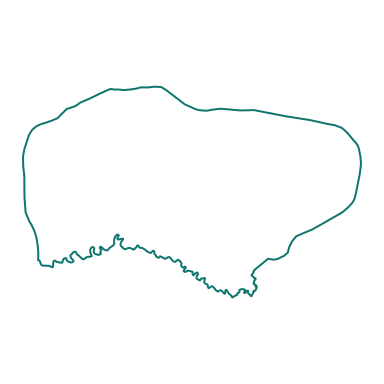 Xaybuathong, Khammouan, Laos
{"feature_id": "54806243B39902865855878", "entity_name": "Xaybuathong", "entity_type": "district", "adm_level": 2, "iso_a3": "LAO", "parent_name": "Laos", "parent_adm1": "Khammouan", "projection": "albers", "projection_center": [105.527, 17.166], "detail": "fine", "context": "isolated", "style": "outline", "palette": "teal", "viewbox_px": 384, "rotation_deg": 0, "n_neighbors": 0, "source": "geoboundaries", "source_scale": "gbopen_adm2", "svg_char_len": 5985}
<svg xmlns="http://www.w3.org/2000/svg" viewBox="0 0 384 384"><path d="M250.3,295.0L250.9,296.0L251.2,296.1L251.5,296.1L251.8,295.2L252.5,294.2L252.8,293.5L253.6,292.3L253.4,291.2L253.6,290.9L254.0,290.8L254.4,291.0L254.6,291.0L255.2,290.7L256.0,289.3L256.6,287.6L256.8,286.8L256.1,286.5L255.7,286.6L255.5,286.3L255.6,286.0L255.9,285.9L256.0,285.6L255.9,285.1L255.6,284.9L254.1,284.3L253.7,283.9L253.7,283.2L254.2,282.5L254.0,281.8L254.0,281.4L254.6,280.5L255.0,279.5L255.5,279.1L255.7,278.7L255.5,278.4L254.1,278.0L253.8,277.3L252.8,276.2L252.0,275.8L251.7,275.5L251.8,274.6L252.0,274.3L252.6,273.6L253.3,273.1L253.4,272.7L253.4,271.8L254.3,270.6L254.3,270.1L254.5,269.9L262.5,263.4L268.0,258.8L273.7,259.7L277.7,258.9L284.3,255.7L287.8,252.6L289.2,247.1L292.1,241.3L296.4,236.2L302.1,233.7L311.8,229.7L319.7,225.3L342.2,212.4L347.7,207.7L350.1,205.3L352.5,202.5L353.8,200.3L354.8,197.8L355.9,193.4L359.7,174.3L360.6,167.5L361.0,163.1L360.4,156.5L358.9,148.8L358.0,146.2L357.1,144.6L355.8,142.7L353.5,140.3L347.9,133.5L343.5,129.2L341.0,127.5L338.5,126.7L335.2,125.3L327.4,123.9L310.1,120.1L286.5,116.4L253.9,110.1L243.0,110.4L238.4,110.3L228.7,109.4L220.3,108.7L211.7,109.8L207.1,110.7L202.5,110.5L198.7,110.1L195.2,109.0L184.9,104.4L165.9,89.9L161.1,87.0L154.3,86.7L148.6,87.4L140.6,87.4L135.9,88.7L130.2,89.5L123.6,90.1L118.5,89.5L115.2,89.6L110.4,89.0L107.4,90.2L99.7,93.7L89.2,98.8L80.4,102.6L75.4,106.1L66.6,109.1L61.0,114.6L58.8,117.0L57.3,118.3L51.3,120.8L46.1,122.6L41.2,124.1L36.5,126.2L34.1,128.1L32.1,130.0L29.0,134.9L24.4,149.0L23.5,153.6L23.0,156.7L23.2,165.8L24.3,176.0L24.5,198.0L25.6,212.4L28.2,218.5L29.0,220.8L31.3,224.5L34.5,231.2L36.4,237.6L37.7,245.4L38.3,252.3L38.2,260.1L38.8,260.1L39.4,260.5L40.1,261.8L40.9,264.1L41.3,264.7L41.7,265.2L42.3,265.5L42.9,265.6L46.7,265.7L49.6,265.9L51.1,266.8L52.4,267.2L52.6,267.1L53.0,266.8L53.3,262.4L53.4,261.8L53.7,261.3L54.0,260.9L54.4,260.7L54.8,260.6L55.1,260.7L56.3,261.6L57.0,261.9L60.8,262.7L61.1,262.8L61.6,262.7L62.4,262.4L62.8,260.6L63.4,259.4L63.7,258.9L64.5,258.4L65.6,258.1L65.9,258.1L66.1,258.3L66.6,259.8L67.2,260.8L67.7,261.2L68.8,261.8L70.8,262.5L72.0,262.3L73.1,261.7L73.4,261.4L73.5,260.9L73.2,260.2L71.1,257.9L70.5,256.6L70.4,255.4L70.6,254.9L70.8,254.7L71.9,254.0L72.2,253.7L72.7,252.8L73.0,252.5L74.1,251.9L74.7,251.8L75.2,251.8L75.8,252.0L76.0,252.3L76.8,254.1L77.3,254.6L79.2,256.0L81.7,258.4L82.3,258.9L82.9,259.2L83.8,259.2L84.3,259.0L86.2,257.5L87.1,257.0L88.8,256.8L90.2,256.7L91.3,256.3L91.6,256.1L91.6,255.5L91.4,254.9L90.8,253.9L90.4,252.7L90.2,251.0L90.2,250.2L90.5,249.0L90.8,248.5L91.8,247.4L92.3,247.1L92.8,247.1L93.2,247.2L93.7,247.5L94.2,248.2L94.3,248.7L94.2,249.2L93.7,251.4L93.9,252.5L94.3,253.1L94.8,253.6L95.4,254.0L96.8,254.5L98.4,254.8L99.3,254.7L100.0,254.5L100.6,254.1L100.7,253.8L100.8,253.6L100.2,252.5L100.3,252.1L101.1,250.2L101.1,249.8L101.0,249.5L100.1,248.2L99.9,247.9L99.9,247.5L100.1,247.1L100.4,246.9L100.9,246.9L101.3,247.0L101.8,247.3L103.3,248.9L103.9,249.4L105.7,250.3L106.9,250.4L107.3,250.3L107.9,250.0L108.9,248.6L109.6,247.9L112.8,245.7L113.9,244.5L114.2,244.0L114.3,243.1L114.1,241.9L114.1,239.9L114.6,238.0L114.9,237.1L115.4,236.3L116.5,235.1L117.1,234.8L117.7,234.7L118.0,234.7L118.5,235.0L118.7,235.3L118.7,235.7L118.4,236.4L117.5,237.6L117.3,238.1L117.5,238.9L117.7,239.2L118.1,239.5L118.6,239.5L122.3,238.6L122.7,238.7L123.0,238.9L123.0,239.5L122.9,239.7L121.8,241.0L120.8,242.6L120.6,243.8L120.6,245.2L120.9,245.8L121.2,246.2L122.4,247.1L122.8,247.8L123.6,248.6L124.1,248.9L125.0,249.2L125.5,249.1L126.9,248.5L128.2,248.1L129.4,247.9L130.6,248.2L133.8,249.6L134.1,249.5L134.3,249.4L135.0,248.3L136.3,247.4L137.1,245.8L137.4,245.6L138.0,245.5L138.6,246.0L139.0,246.8L139.5,247.6L139.8,247.7L141.9,247.9L143.0,248.4L144.9,249.5L146.2,250.7L148.2,252.1L149.7,252.7L150.6,253.0L151.0,252.8L152.7,251.0L153.0,250.9L153.7,250.9L153.9,251.1L154.1,251.2L154.2,251.5L154.4,252.8L154.3,253.3L154.6,254.2L154.9,254.5L155.8,255.1L156.0,255.3L156.1,256.3L156.3,256.7L157.1,257.1L157.4,257.3L158.4,257.7L158.8,257.7L159.2,257.5L160.0,256.3L160.3,256.3L162.7,257.5L164.5,258.6L165.4,258.8L165.7,258.8L167.4,257.5L168.4,257.2L169.2,257.1L169.6,257.2L170.6,258.1L172.4,260.5L173.2,261.2L174.0,261.6L175.1,261.9L176.0,261.3L177.4,260.0L178.1,259.8L178.4,259.9L179.7,260.8L180.4,261.6L180.8,262.2L181.1,262.5L181.3,263.0L181.4,263.4L181.2,265.1L181.3,265.9L181.7,266.6L182.6,267.4L183.0,267.5L183.5,267.5L183.9,267.2L184.8,266.7L185.2,266.7L185.6,267.1L185.7,267.4L185.6,268.0L183.8,270.4L183.7,271.1L183.9,271.3L184.7,271.9L185.2,271.9L186.4,271.5L187.2,270.8L187.5,270.6L187.9,270.7L190.1,271.1L192.4,271.7L192.5,271.9L192.6,272.2L192.6,274.1L192.8,274.6L193.0,274.9L193.4,275.1L193.7,275.1L194.0,274.8L195.6,273.1L197.0,272.5L197.5,272.7L197.9,273.3L198.0,274.3L197.8,274.7L197.2,275.5L196.7,276.4L196.5,277.3L196.5,278.4L196.8,278.7L197.7,279.3L199.2,280.2L199.5,280.3L199.9,280.3L200.1,280.1L200.6,279.1L201.1,278.7L201.4,278.6L203.9,278.2L204.9,278.3L205.1,278.4L205.1,278.7L204.6,279.6L204.3,281.9L204.3,282.4L204.5,283.0L205.7,283.9L207.3,284.5L207.5,284.8L207.7,285.1L208.0,287.1L208.3,287.8L208.7,288.1L208.9,288.1L209.3,287.9L210.8,286.7L211.6,286.3L212.5,286.5L213.8,287.5L215.0,289.0L215.5,289.8L217.4,291.3L217.9,291.5L218.3,291.5L219.0,290.9L219.5,290.6L220.3,290.3L220.8,290.4L221.7,290.8L222.0,291.1L223.5,292.8L224.3,293.5L224.7,293.7L225.2,293.2L225.3,291.1L225.6,290.4L226.0,290.0L226.4,289.9L226.7,290.1L228.5,293.1L231.1,295.5L231.5,295.9L232.0,297.1L232.4,297.3L232.7,297.3L232.9,297.2L234.5,296.1L236.6,295.1L237.2,294.8L237.3,294.4L237.2,293.9L237.4,293.4L238.0,292.9L238.6,292.6L238.9,292.6L239.3,292.2L239.6,291.6L239.6,291.1L239.3,290.4L239.5,290.1L239.8,289.8L240.3,289.5L241.6,289.1L242.8,289.1L244.9,289.7L245.0,290.0L245.0,290.3L244.2,292.4L244.2,292.8L244.6,293.0L245.1,293.0L245.3,292.9L246.8,290.9L247.7,290.7L247.9,290.8L248.0,291.4L248.2,293.1L248.5,293.7L249.4,294.5L250.3,295.0Z" fill="none" stroke="#0f766e" stroke-width="2"/></svg>